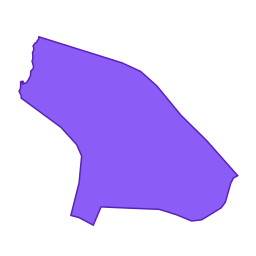 outline of Sant Katrin, Janub Sina', Egypt, rotated 176°
{"feature_id": "37247803B38427943153509", "entity_name": "Sant Katrin", "entity_type": "district", "adm_level": 2, "iso_a3": "EGY", "parent_name": "Egypt", "parent_adm1": "Janub Sina'", "projection": "equal_earth", "projection_center": [34.29, 28.647], "detail": "fine", "context": "isolated", "style": "filled", "palette": "violet", "viewbox_px": 256, "rotation_deg": 176, "n_neighbors": 0, "source": "geoboundaries", "source_scale": "gbopen_adm2", "svg_char_len": 959}
<svg xmlns="http://www.w3.org/2000/svg" viewBox="0 0 256 256"><g transform="rotate(176 128 128)"><path d="M21.9,72.8L50.7,110.3L74.2,136.9L96.4,168.1L111.4,183.5L129.4,193.4L135.3,195.7L210.5,225.2L210.8,224.7L210.9,223.1L211.0,222.8L212.4,221.6L213.1,219.8L214.9,219.1L217.0,216.4L216.5,214.6L216.6,212.4L218.0,209.8L217.9,205.9L218.2,203.8L219.1,201.1L218.7,200.1L218.4,197.9L218.0,196.1L218.3,194.1L219.7,192.7L221.1,191.4L221.4,188.8L221.7,186.8L223.3,184.2L224.4,182.5L225.3,181.1L226.5,180.2L228.2,179.6L230.1,179.2L230.7,180.3L229.8,180.8L229.1,181.1L229.5,181.9L230.5,182.0L231.9,181.6L232.0,180.0L232.2,177.6L232.6,174.5L233.6,173.3L234.1,172.3L233.5,170.7L232.3,167.9L232.4,166.0L232.5,165.3L194.9,133.4L180.3,114.9L176.2,103.3L180.6,76.8L191.1,44.8L183.2,42.1L169.4,33.5L160.4,51.2L131.7,47.9L102.6,44.7L85.5,38.0L71.0,30.8L60.9,31.3L40.7,41.8L36.1,47.1L29.5,65.4L26.4,70.7L21.9,72.8Z" fill="#8b5cf6" stroke="#5b21b6" stroke-width="1.5"/></g></svg>